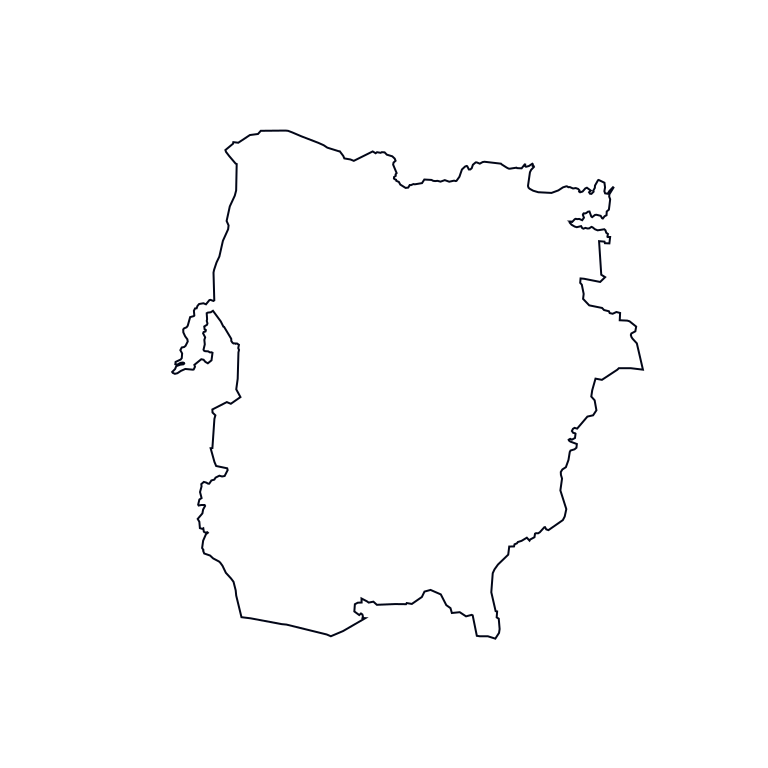 Kastuļinas pag., Aglonas, Latvia, rotated 112°
{"feature_id": "27541924B97590463974978", "entity_name": "Kastuļinas pag.", "entity_type": "district", "adm_level": 2, "iso_a3": "LVA", "parent_name": "Latvia", "parent_adm1": "Aglonas", "projection": "albers", "projection_center": [27.187, 56.158], "detail": "fine", "context": "isolated", "style": "outline", "palette": "ink", "viewbox_px": 768, "rotation_deg": 112, "n_neighbors": 0, "source": "geoboundaries", "source_scale": "gbopen_adm2", "svg_char_len": 6166}
<svg xmlns="http://www.w3.org/2000/svg" viewBox="0 0 768 768"><g transform="rotate(112 384 384)"><path d="M582.7,203.6L582.0,200.6L579.0,193.3L578.4,185.4L571.7,184.1L567.9,185.0L558.6,189.7L558.2,192.1L552.5,193.9L552.8,195.4L536.9,206.5L518.7,212.3L514.5,212.1L508.7,210.7L495.7,204.9L487.8,207.0L485.9,202.6L483.7,202.9L482.0,201.1L480.4,200.7L477.9,197.7L473.0,194.0L474.7,190.4L473.4,190.2L469.7,187.1L466.2,187.9L465.4,187.2L464.7,185.2L463.1,184.0L456.8,181.7L456.4,181.1L458.0,179.1L457.9,176.8L443.2,167.2L439.2,166.8L431.7,168.1L416.6,180.6L405.0,183.5L402.0,185.9L399.4,187.1L396.4,186.6L393.0,184.2L385.3,184.5L377.4,186.3L375.8,186.1L373.2,182.9L371.0,181.7L367.4,182.7L367.6,189.6L367.1,191.4L366.5,191.9L365.1,190.8L365.2,188.9L362.5,186.7L358.3,187.8L358.1,188.3L358.4,190.3L357.2,192.2L354.8,192.0L353.3,190.9L353.0,188.2L338.0,183.2L334.7,178.4L328.8,177.2L320.2,182.6L318.0,187.1L311.8,188.6L299.8,189.9L298.5,183.5L283.3,173.0L281.4,172.2L276.9,161.1L273.7,149.3L251.6,164.8L248.9,170.5L247.8,172.1L246.1,173.5L244.5,173.6L241.0,170.7L236.3,171.7L233.9,179.8L234.1,182.2L236.6,189.3L229.7,191.7L230.2,195.5L233.2,198.3L233.7,201.3L232.3,202.7L233.0,207.7L231.8,210.3L234.2,223.2L230.5,231.3L225.7,232.6L217.8,237.8L216.7,240.0L212.5,241.3L211.5,238.0L208.4,221.8L202.1,219.0L201.3,223.5L171.0,238.1L169.4,232.9L170.7,231.9L169.2,227.7L163.0,229.4L163.9,231.5L163.8,232.0L161.0,232.6L160.5,234.6L158.5,236.3L158.0,237.7L161.5,243.5L161.5,246.4L160.6,249.3L160.6,250.5L162.9,252.1L163.6,253.7L163.8,255.7L165.3,257.3L165.2,258.6L163.8,260.4L166.4,264.0L166.6,266.2L166.1,269.7L164.9,272.1L163.9,271.4L163.7,272.4L163.2,271.2L163.2,270.2L159.8,268.9L159.0,268.1L158.8,266.7L157.8,264.8L157.9,261.6L154.9,260.9L152.7,263.0L151.4,263.0L150.8,262.6L150.8,261.8L149.8,260.6L147.8,259.4L147.1,258.1L151.0,254.6L151.3,253.5L148.2,251.7L147.5,250.4L146.9,246.1L148.6,243.9L148.6,243.1L145.8,242.3L144.2,240.9L140.6,242.1L138.1,240.8L134.6,241.7L128.0,243.5L125.9,245.4L123.7,246.1L116.0,244.8L115.8,245.4L120.6,247.3L123.8,247.9L124.4,250.4L122.7,251.9L118.9,252.7L114.8,255.0L114.4,261.4L114.9,261.9L121.0,262.7L123.1,262.0L126.5,262.4L127.2,261.7L130.0,262.9L130.4,264.3L129.4,265.7L127.2,264.7L126.0,269.4L127.2,270.6L131.2,272.0L132.8,274.0L132.5,275.2L131.3,275.2L130.4,277.1L130.5,279.6L131.9,282.0L131.8,285.5L132.5,286.8L132.2,288.0L132.4,289.0L134.6,291.7L139.2,294.9L144.1,300.3L148.4,312.8L148.9,318.1L148.4,322.2L147.8,323.6L146.4,324.7L133.0,328.0L130.3,327.8L126.5,326.3L125.9,326.9L126.1,327.8L124.5,328.3L124.2,329.0L127.6,331.3L129.4,333.7L129.2,334.7L127.6,335.3L127.7,335.8L132.5,337.2L134.0,341.5L133.8,342.2L137.3,348.1L137.6,349.2L137.4,351.3L136.3,357.2L135.9,358.1L140.3,374.1L141.3,375.7L143.8,377.7L143.8,381.1L144.2,382.0L147.4,383.7L151.1,383.5L152.8,384.4L153.3,385.7L150.9,388.4L150.9,389.1L152.0,390.3L155.9,392.1L163.6,391.7L168.5,392.9L169.0,393.6L169.2,395.2L172.0,399.3L172.2,404.0L175.2,407.4L175.6,410.5L176.7,412.6L177.2,414.5L177.0,416.4L179.3,423.2L183.5,424.0L187.3,430.2L187.6,431.6L189.5,433.5L189.9,434.7L192.8,435.1L194.1,437.4L193.0,443.6L191.1,445.9L191.0,448.7L190.1,449.3L190.1,451.0L189.7,451.8L188.3,452.2L186.6,451.1L185.3,451.8L183.7,451.3L177.2,457.7L175.1,458.1L172.7,456.9L171.0,458.5L169.8,461.6L170.3,467.3L169.0,470.2L169.9,472.9L170.9,473.7L171.7,477.3L173.2,478.2L172.6,481.6L188.4,495.6L188.4,499.3L189.7,505.3L187.8,507.2L184.8,512.2L185.1,512.8L186.1,525.1L185.2,529.4L185.0,535.3L185.3,553.3L185.1,563.3L185.2,567.8L185.9,570.2L195.4,593.1L199.4,594.5L203.4,601.6L214.9,609.5L216.2,614.3L217.8,614.0L226.5,618.7L228.0,617.4L230.6,613.0L235.2,604.2L235.2,603.0L259.9,593.6L265.3,592.9L277.1,593.5L291.8,591.0L295.2,587.5L298.9,586.5L311.6,587.0L327.5,584.4L334.0,584.8L341.9,584.3L344.6,583.8L370.0,572.7L370.9,573.3L371.0,576.4L371.6,577.3L376.8,578.9L376.8,581.7L379.1,585.4L381.5,586.2L384.0,586.1L384.7,587.5L387.3,587.7L391.6,585.5L392.3,585.8L394.6,588.8L403.5,587.8L405.4,588.3L407.3,590.2L408.6,590.6L411.3,589.4L414.3,586.2L416.2,583.1L418.1,581.9L423.0,582.3L424.6,583.2L425.9,585.2L428.9,585.5L431.3,582.6L435.8,581.2L437.5,581.7L441.6,585.5L443.8,584.9L443.4,582.8L440.7,580.7L439.4,578.5L439.4,577.3L439.9,576.9L440.9,577.4L442.4,580.1L445.3,583.3L448.4,583.3L452.2,584.9L452.8,584.0L452.9,581.7L451.4,579.6L447.9,577.2L444.5,573.9L442.3,566.5L441.8,565.9L438.8,565.7L437.3,567.0L429.5,562.7L429.1,560.4L430.4,557.9L430.8,555.1L426.7,552.8L419.3,554.7L419.2,555.8L419.9,557.2L419.6,559.3L420.6,562.2L420.5,563.4L419.8,564.2L414.4,565.0L410.4,567.1L407.7,567.3L404.8,570.7L403.4,570.7L402.2,569.2L401.4,569.2L400.7,569.4L400.5,570.8L398.0,572.2L395.4,570.3L393.9,570.4L391.9,572.0L390.2,572.3L384.8,574.9L383.8,574.1L382.4,571.5L380.2,570.0L387.1,558.8L391.0,554.4L390.9,553.7L399.3,542.6L401.3,541.7L402.4,540.1L402.8,538.8L402.1,537.2L402.3,536.7L401.5,535.6L402.0,533.2L405.3,532.6L406.7,531.2L409.2,530.8L434.0,521.6L444.3,519.0L449.9,512.2L459.7,518.6L459.7,523.0L471.9,533.6L474.7,532.3L476.2,528.6L479.8,528.2L507.7,519.1L508.5,520.7L519.8,512.0L522.9,508.9L520.9,497.8L522.4,496.7L529.0,497.3L530.4,499.5L530.7,502.3L533.9,505.1L536.2,505.5L538.1,507.9L541.9,508.7L542.3,509.7L542.0,511.9L542.3,514.4L545.3,515.9L547.3,514.8L553.1,514.1L558.1,510.4L560.3,511.9L565.5,511.1L566.1,510.3L564.7,508.2L563.4,505.0L564.1,504.2L568.1,504.7L572.0,503.9L578.9,506.2L580.9,503.6L586.6,500.7L586.4,498.3L585.5,497.5L588.3,495.8L588.7,495.0L588.5,493.5L587.6,492.3L587.9,491.6L589.9,492.8L597.0,493.0L604.2,491.2L605.6,489.2L606.4,489.2L608.5,487.2L608.2,481.0L609.7,477.1L610.4,470.4L611.0,468.9L613.0,465.7L618.3,459.9L621.6,453.0L623.8,449.4L630.9,444.2L635.5,441.8L653.6,428.8L651.2,419.8L645.0,389.0L643.6,384.3L637.7,343.3L637.8,338.8L628.4,329.4L608.1,313.6L609.0,316.3L607.4,316.5L605.8,317.7L605.4,319.4L607.5,320.4L606.0,326.3L599.1,328.5L596.6,326.4L595.0,322.9L591.3,324.5L591.9,318.4L592.4,316.3L589.8,312.3L591.4,307.9L583.9,291.3L579.9,281.1L578.6,280.9L577.5,275.8L567.3,269.1L561.3,268.7L557.5,263.7L557.8,252.5L565.7,243.4L566.9,238.4L570.9,235.3L567.2,228.3L568.7,220.9L565.2,216.2L565.3,215.1L582.7,203.6Z" fill="none" stroke="#020617" stroke-width="2"/></g></svg>